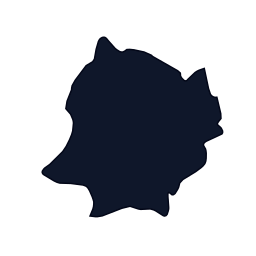 Zaghouan, Mercator projection, rotated 347°
{"feature_id": "TUN-120", "entity_name": "Zaghouan", "entity_type": "Governorate", "adm_level": 1, "iso_a3": "TUN", "parent_name": "Tunisia", "parent_adm1": "", "projection": "mercator", "projection_center": [10.024, 36.33], "detail": "fine", "context": "isolated", "style": "filled", "palette": "ink", "viewbox_px": 256, "rotation_deg": 347, "n_neighbors": 0, "source": "natural_earth", "source_scale": "10m", "svg_char_len": 1799}
<svg xmlns="http://www.w3.org/2000/svg" viewBox="0 0 256 256"><g transform="rotate(347 128 128)"><path d="M215.7,87.1L215.3,107.8L215.9,113.8L216.5,114.9L217.2,116.0L218.2,116.9L219.2,117.5L220.0,117.8L221.5,118.0L221.6,134.8L220.7,139.7L217.5,142.2L216.1,143.7L216.0,144.8L216.6,145.9L217.7,147.3L218.8,149.1L219.5,152.2L219.1,153.9L218.2,154.9L201.3,158.5L200.0,159.0L198.4,160.0L197.8,161.1L197.7,162.3L198.8,165.9L198.8,167.8L198.5,170.3L197.3,175.1L196.4,177.6L195.3,179.4L194.5,180.3L192.4,181.9L190.2,183.1L184.0,185.8L169.9,190.5L166.0,193.2L164.0,197.1L162.5,199.0L159.1,202.4L157.3,203.2L155.9,203.0L154.2,200.8L153.3,199.9L152.6,200.3L152.0,201.2L151.4,204.0L149.8,214.3L149.4,216.0L148.5,217.9L146.7,220.9L145.3,221.9L143.8,222.0L142.7,221.4L136.3,214.9L134.7,213.6L132.6,212.4L131.4,211.8L122.0,210.1L119.9,209.2L112.4,204.7L104.1,204.8L83.2,207.8L78.4,207.5L76.2,207.0L71.2,205.2L75.5,199.2L76.7,196.9L77.5,194.6L78.1,192.2L78.0,190.0L77.7,187.0L76.5,180.6L75.6,177.7L74.5,175.7L73.6,174.9L71.3,173.4L59.7,169.1L49.1,166.3L46.5,164.8L44.1,162.9L35.5,154.6L34.7,153.5L34.4,152.2L34.8,150.8L36.6,149.1L37.8,148.3L43.6,145.9L59.1,136.3L63.7,132.0L68.4,126.3L71.6,121.8L73.5,118.4L76.0,110.9L76.2,109.1L76.2,107.2L75.2,101.6L71.8,95.2L74.7,88.1L81.6,78.1L82.1,76.4L83.1,74.2L87.4,69.5L101.3,57.8L108.5,55.5L110.8,53.3L114.7,44.1L118.6,37.1L120.0,35.5L121.2,34.6L123.2,34.0L124.2,34.0L125.2,34.2L126.1,34.7L127.0,35.7L127.5,36.6L128.5,38.7L133.3,47.5L134.7,49.3L137.2,51.8L138.7,52.5L140.0,52.8L142.0,52.4L144.5,51.3L147.3,51.8L151.4,53.2L160.8,57.6L167.3,62.5L167.9,63.7L189.3,83.4L191.3,86.2L191.2,87.4L190.9,88.5L191.1,90.0L191.7,91.7L193.5,94.5L194.8,95.1L196.1,95.0L197.1,94.2L205.9,89.0L208.1,88.2L210.3,87.7L215.7,87.1Z" fill="#0f172a" stroke="#020617" stroke-width="1.5"/></g></svg>